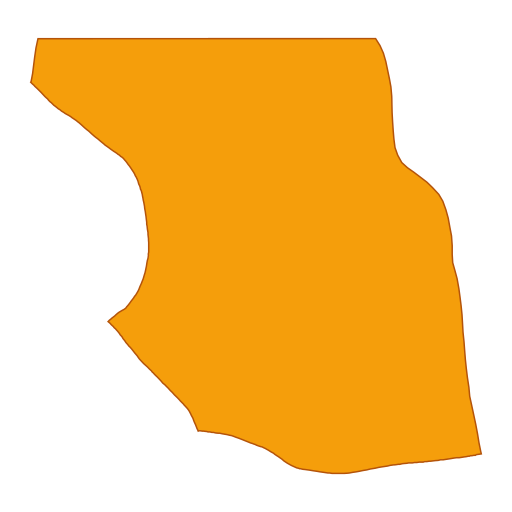 Jabal Murad, Ma'rib, Yemen (Natural Earth projection)
{"feature_id": "15242507B48371186390559", "entity_name": "Jabal Murad", "entity_type": "district", "adm_level": 2, "iso_a3": "YEM", "parent_name": "Yemen", "parent_adm1": "Ma'rib", "projection": "natural_earth1", "projection_center": [45.169, 15.045], "detail": "fine", "context": "isolated", "style": "filled", "palette": "amber", "viewbox_px": 512, "rotation_deg": 0, "n_neighbors": 0, "source": "geoboundaries", "source_scale": "gbopen_adm2", "svg_char_len": 5085}
<svg xmlns="http://www.w3.org/2000/svg" viewBox="0 0 512 512"><path d="M38.0,38.7L37.8,39.5L36.0,47.9L34.7,56.9L33.6,65.6L32.6,73.6L31.1,81.6L30.7,82.2L32.4,83.9L34.0,85.3L34.9,86.4L36.9,88.2L38.7,90.0L39.8,91.1L41.4,92.7L42.3,93.7L43.7,95.2L45.0,96.6L46.3,97.8L47.6,98.9L48.3,99.9L49.2,100.9L50.1,101.8L51.2,102.6L52.8,104.2L53.9,105.3L55.3,106.3L57.3,107.9L58.2,108.7L60.2,109.9L61.4,111.0L64.0,112.6L65.2,113.5L68.9,115.5L70.8,116.7L71.9,117.6L74.6,119.4L76.1,120.4L77.9,121.9L79.0,122.7L80.6,124.1L81.5,124.9L82.7,126.0L84.2,127.4L85.1,128.2L86.9,129.7L88.5,130.9L89.4,131.7L91.6,133.8L93.2,135.2L94.1,136.0L95.7,137.3L96.8,138.1L98.1,139.1L99.7,140.5L101.0,141.6L103.7,143.8L105.1,145.1L106.6,146.1L107.7,146.9L109.1,147.9L110.9,149.3L112.2,150.2L114.2,151.6L115.2,152.2L117.1,153.5L118.0,154.3L119.4,155.1L120.7,156.4L121.9,157.1L123.4,158.4L124.6,159.9L125.7,161.1L126.8,162.5L128.1,164.4L129.5,166.1L131.0,168.3L131.9,169.7L132.8,171.0L133.7,172.4L134.6,174.0L135.3,175.7L136.2,177.1L137.1,179.0L138.0,181.2L138.7,183.9L139.8,186.2L140.2,187.6L140.5,189.2L141.3,190.7L141.6,191.9L142.3,194.6L142.5,196.0L142.9,197.9L143.3,200.3L143.8,202.4L144.5,206.3L144.7,208.4L145.3,211.6L145.6,213.9L146.0,216.4L146.3,219.2L146.7,222.3L146.7,224.2L147.1,226.2L147.4,229.1L148.0,232.6L148.0,234.4L148.5,238.8L148.5,240.2L148.7,242.7L148.7,245.5L148.7,247.6L148.7,249.3L148.7,250.5L148.7,252.1L148.3,254.0L148.4,255.4L148.0,258.3L147.4,260.3L146.9,263.0L146.4,266.3L145.8,269.2L145.1,272.5L144.4,274.7L143.8,276.8L143.1,279.1L142.2,281.3L141.3,283.6L140.2,286.0L139.5,287.7L139.0,289.1L138.1,291.0L137.3,292.4L136.4,293.9L135.7,295.1L134.6,296.3L133.7,297.8L132.8,299.0L131.0,301.3L130.2,302.5L129.4,303.5L128.7,304.5L127.6,305.8L126.7,306.8L125.8,308.1L124.2,309.3L122.7,310.1L121.3,310.9L118.8,312.4L117.5,313.4L115.7,315.0L114.8,315.9L113.5,316.9L111.9,318.1L110.7,319.2L109.4,320.2L108.5,321.2L108.1,321.6L109.4,322.7L110.3,323.5L111.1,324.5L112.3,325.6L113.4,326.6L114.1,327.6L115.5,328.8L116.6,330.1L117.7,331.3L119.5,333.6L120.2,334.8L121.9,336.6L123.1,338.7L124.6,340.5L126.0,342.6L127.6,344.4L128.9,346.1L130.2,347.3L132.0,349.4L133.4,351.2L134.7,352.9L135.9,354.3L137.2,355.8L138.1,357.2L139.4,359.0L140.8,360.5L142.1,361.9L143.7,363.6L145.5,365.2L147.5,367.0L149.5,369.1L151.5,370.9L152.2,372.0L153.4,373.0L154.4,374.2L155.8,375.6L157.2,376.9L159.1,378.9L160.9,380.8L162.8,383.1L165.0,384.9L166.6,386.6L167.7,387.6L169.5,389.6L170.4,390.6L172.2,392.3L173.1,393.3L174.4,394.8L176.9,397.2L179.3,399.7L180.3,400.9L182.0,402.6L183.4,404.0L184.3,405.2L185.4,406.3L186.3,407.3L187.4,408.5L188.5,410.0L189.4,411.4L190.1,412.8L190.8,414.1L191.3,415.3L192.1,416.7L193.0,418.4L193.7,420.5L194.6,422.7L195.5,424.6L196.2,426.4L197.0,428.5L197.7,429.9L198.2,431.1L198.8,430.8L200.4,430.8L202.2,431.1L203.6,431.1L204.7,431.3L206.7,431.5L208.0,431.9L209.8,431.9L211.9,432.4L213.4,432.4L215.9,433.0L218.4,433.2L219.7,433.2L222.4,433.8L224.7,434.2L227.1,434.6L229.4,435.2L231.6,435.6L233.8,436.4L236.1,437.3L238.5,438.1L240.5,438.9L242.6,439.7L244.8,440.6L246.8,441.4L248.8,442.2L250.7,443.0L252.2,443.4L254.2,444.2L255.3,444.5L256.3,445.1L258.5,445.9L259.7,446.3L261.0,446.7L262.1,446.9L263.6,447.7L265.2,448.4L266.2,449.0L268.4,450.2L270.9,451.8L273.7,453.3L274.5,454.1L276.7,455.6L278.0,456.4L280.0,457.8L282.0,459.2L283.9,460.9L285.7,462.1L287.2,463.1L289.5,464.4L291.3,465.4L292.6,466.0L294.8,467.0L296.8,467.9L298.4,468.2L299.5,468.7L300.5,468.7L302.0,469.1L303.0,469.3L305.0,469.5L309.4,470.1L311.7,470.5L314.2,470.9L317.0,471.3L319.8,471.8L322.7,472.2L325.4,472.6L328.0,473.0L329.6,473.0L332.1,473.4L335.0,473.4L337.2,473.4L338.2,473.4L340.6,473.4L342.4,473.4L344.0,473.4L347.3,473.2L349.3,473.0L352.9,472.3L355.9,471.9L359.2,471.3L363.0,470.5L366.7,469.9L370.3,469.0L375.2,468.2L378.6,467.4L382.3,466.8L385.1,466.4L387.7,466.0L390.0,465.4L392.0,465.1L393.4,464.9L395.2,464.8L397.2,464.5L398.3,464.3L399.8,464.3L402.3,463.7L404.1,463.5L406.6,463.3L408.8,462.9L410.4,462.9L412.4,462.9L414.6,462.5L415.6,462.5L416.9,462.5L419.2,462.1L420.7,462.1L423.2,462.1L424.7,461.6L426.7,461.6L429.2,461.2L430.6,461.2L433.7,460.8L435.3,460.6L438.2,460.4L440.5,459.8L443.1,459.8L445.6,459.4L448.3,459.0L450.8,458.6L453.7,458.1L456.6,457.7L459.3,457.7L461.8,457.3L464.3,456.9L466.0,456.7L468.3,456.2L469.4,456.2L470.5,455.7L471.9,455.7L473.9,455.3L475.4,455.3L476.4,454.6L478.0,454.4L479.3,454.2L481.3,453.9L480.7,451.3L479.0,442.9L477.5,433.7L475.7,424.2L473.7,414.8L471.9,406.4L469.7,396.3L468.9,387.4L467.4,377.5L466.3,368.5L465.4,359.9L464.7,351.2L464.0,341.8L463.0,332.1L462.5,323.1L462.0,314.7L461.1,305.8L460.0,297.0L458.9,288.8L457.1,278.7L454.9,270.5L452.7,262.7L452.2,254.4L452.2,245.8L451.5,235.9L449.9,227.5L448.2,218.1L445.9,209.8L442.8,201.2L438.8,194.4L432.7,187.8L429.1,184.3L426.8,182.1L420.4,177.2L413.8,172.2L407.4,167.7L401.8,162.6L397.7,155.2L395.0,147.6L393.9,139.0L393.2,130.7L392.6,121.9L392.1,112.8L391.9,104.4L391.8,98.7L391.7,96.0L390.9,86.9L389.4,78.7L387.6,70.1L385.8,61.5L383.4,53.2L380.0,45.6L375.6,38.6L38.0,38.7Z" fill="#f59e0b" stroke="#b45309" stroke-width="1.5"/></svg>